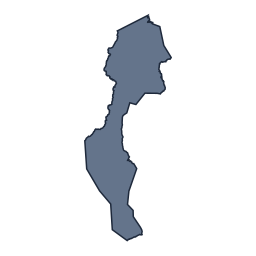 Copan Ruinas, Copán, Honduras (Equal Earth projection)
{"feature_id": "27666195B42868938000768", "entity_name": "Copan Ruinas", "entity_type": "district", "adm_level": 2, "iso_a3": "HND", "parent_name": "Honduras", "parent_adm1": "Copán", "projection": "equal_earth", "projection_center": [-89.106, 14.903], "detail": "fine", "context": "isolated", "style": "filled", "palette": "slate", "viewbox_px": 256, "rotation_deg": 0, "n_neighbors": 0, "source": "geoboundaries", "source_scale": "gbopen_adm2", "svg_char_len": 5576}
<svg xmlns="http://www.w3.org/2000/svg" viewBox="0 0 256 256"><path d="M136.7,168.6L133.7,163.6L133.3,163.7L132.6,163.5L132.3,163.1L131.8,162.8L131.7,162.1L131.4,162.1L130.7,161.0L130.6,160.9L130.3,161.1L129.9,161.4L129.6,161.2L129.4,161.0L129.3,160.9L128.9,160.6L129.0,160.1L128.2,160.4L127.6,160.4L127.8,159.8L128.2,159.4L128.4,159.1L128.7,158.0L129.4,156.9L128.8,156.1L128.3,155.2L127.7,153.2L127.5,152.7L127.2,152.5L126.7,152.4L126.5,152.2L126.0,151.4L125.0,151.1L124.2,150.7L123.7,150.3L123.5,149.9L123.3,149.3L122.8,147.2L122.8,146.6L122.4,145.2L122.4,144.5L122.4,143.8L122.0,142.8L122.0,142.1L122.2,141.3L122.4,140.3L122.2,139.2L122.2,138.8L122.4,138.3L123.0,137.0L122.9,136.6L122.4,135.7L122.1,135.1L121.8,133.9L121.7,133.0L121.8,132.3L121.7,131.2L121.6,130.3L121.4,129.5L121.3,128.9L121.8,128.0L121.9,127.4L122.0,126.4L122.1,125.7L122.3,125.3L122.4,124.8L122.2,123.8L122.1,123.1L122.2,121.1L122.4,117.2L122.7,116.3L123.1,115.5L124.5,114.4L125.7,113.6L126.8,112.9L129.8,102.8L135.9,104.5L144.9,93.2L157.2,93.3L160.4,93.9L160.7,93.1L161.2,92.9L161.8,92.2L162.4,91.9L162.7,91.3L163.2,91.2L163.3,90.9L163.5,90.8L163.8,90.9L164.0,90.4L164.8,89.6L165.1,89.2L165.2,87.5L164.8,86.4L164.5,85.8L164.5,85.4L164.5,85.2L164.4,85.1L164.1,85.0L164.0,84.9L163.9,84.2L163.7,83.1L163.7,82.4L163.8,82.0L163.8,81.7L163.7,81.7L163.4,81.5L163.3,81.4L163.4,81.0L163.3,80.7L163.1,80.7L162.8,80.8L162.6,80.6L162.4,79.9L162.1,79.3L161.9,77.7L161.7,77.7L161.6,77.8L161.7,78.1L161.2,77.9L160.9,77.4L160.9,76.9L161.2,76.5L161.4,76.6L161.6,76.9L161.8,76.8L161.8,76.1L161.5,75.2L161.6,74.5L161.5,74.0L161.3,73.7L160.9,73.7L160.4,73.4L160.3,72.0L159.8,71.8L159.3,71.5L159.4,71.4L159.6,71.3L159.7,71.2L159.7,70.5L158.8,69.5L159.0,68.1L159.2,67.7L159.0,67.2L159.2,66.8L159.3,66.4L159.3,65.3L159.4,64.7L159.7,64.4L159.8,64.2L159.7,64.0L159.5,63.8L159.5,63.5L159.7,63.3L159.8,63.3L159.8,63.5L161.5,61.7L162.0,62.0L162.7,62.2L162.8,62.1L162.9,61.8L163.0,61.8L163.5,61.9L163.9,61.9L164.8,61.6L165.2,61.6L165.8,61.8L165.9,61.7L165.9,61.4L165.8,61.1L166.2,60.7L166.6,60.6L166.9,59.8L167.4,59.6L168.0,59.2L168.7,59.2L169.2,58.9L169.8,59.2L170.1,59.2L170.2,58.8L170.4,58.5L170.7,58.1L171.1,57.9L171.2,57.5L163.8,45.5L159.8,26.6L152.6,23.9L152.8,22.9L152.8,22.6L152.7,22.4L152.3,22.4L152.3,22.6L152.3,23.0L152.1,23.1L151.9,23.1L151.8,22.7L151.3,22.8L150.9,22.5L150.8,22.2L151.0,21.9L150.9,21.6L150.7,21.5L150.4,21.5L150.3,21.8L150.2,21.9L149.9,21.7L149.7,21.7L149.4,22.2L149.2,22.1L149.1,21.9L148.3,22.3L147.9,22.4L147.7,22.3L147.8,22.0L147.9,21.5L148.1,21.4L148.3,21.5L148.5,21.4L148.7,20.8L149.5,20.0L149.6,19.7L149.4,19.0L149.0,18.0L148.7,16.7L148.3,17.1L148.0,17.6L147.7,17.7L147.5,17.1L147.5,16.3L147.6,15.8L147.8,15.4L117.3,30.9L117.7,31.6L117.9,32.3L117.9,32.6L117.9,33.0L117.4,34.3L117.2,34.8L117.1,35.4L117.2,35.7L117.6,35.8L117.8,36.0L117.9,36.4L117.8,36.8L117.3,37.7L117.4,38.0L117.6,38.2L116.8,40.4L116.4,40.9L115.3,42.1L114.8,43.5L114.6,43.7L114.4,44.0L114.1,44.7L113.5,45.6L113.1,46.6L112.5,47.4L112.3,47.5L110.9,48.0L110.5,48.2L109.0,48.0L108.2,49.2L108.0,49.7L107.9,50.0L108.2,50.2L108.5,50.6L108.1,52.4L108.4,52.7L108.8,53.2L108.9,53.3L108.8,53.5L109.2,53.8L110.1,54.0L110.4,54.2L110.4,54.6L109.6,55.9L109.1,55.8L108.8,55.9L108.6,56.1L108.5,56.5L108.4,57.7L107.8,58.5L107.7,59.4L107.5,59.6L107.4,59.8L107.3,60.5L107.1,60.7L106.8,60.7L106.6,60.9L106.4,61.8L106.4,62.4L106.2,63.6L106.3,64.3L106.2,64.9L105.8,65.6L105.8,66.1L105.6,66.5L104.8,67.6L104.6,68.0L104.3,68.2L104.2,68.5L104.2,69.0L104.1,69.3L104.0,70.0L104.5,70.8L106.2,71.4L106.1,72.3L106.3,72.8L106.3,73.6L106.2,74.2L106.1,74.6L106.6,75.1L106.9,75.2L107.0,75.5L107.6,75.5L107.8,75.8L108.1,75.7L108.4,75.8L108.8,75.7L109.4,76.1L109.5,76.5L109.9,76.7L109.9,77.3L109.7,77.7L109.8,78.0L110.4,78.3L110.6,78.9L111.2,79.1L111.7,78.8L112.3,80.0L112.7,79.5L113.0,79.7L113.7,79.8L114.0,80.7L115.6,81.3L115.9,81.9L116.1,82.8L116.4,83.3L116.0,83.8L115.8,84.5L115.4,84.8L114.9,85.8L114.8,87.1L113.8,86.9L113.0,88.9L113.1,90.1L113.5,90.5L113.9,90.6L113.6,91.5L113.4,93.1L113.5,94.1L112.8,94.7L112.9,95.2L112.7,95.7L112.7,96.5L113.2,97.3L112.5,98.5L112.6,100.4L112.3,101.0L112.0,101.6L111.8,103.1L111.8,104.4L110.6,104.9L110.0,104.8L109.5,105.4L109.1,105.3L108.8,105.7L108.4,105.6L108.1,106.1L107.9,108.0L108.3,109.0L108.6,109.4L109.2,109.9L109.6,110.4L109.6,110.6L109.4,110.7L109.3,110.8L109.3,111.3L109.5,112.1L109.2,112.8L109.0,113.9L108.8,114.3L107.8,114.8L107.3,116.2L106.9,116.4L106.3,116.6L106.0,117.0L105.9,117.5L106.2,117.9L106.0,119.1L106.6,120.1L105.3,120.8L105.3,122.3L105.6,123.0L105.5,123.7L105.0,124.3L104.3,126.3L103.8,126.5L102.9,127.8L101.9,128.4L101.1,128.4L100.4,129.4L99.0,129.3L98.2,129.1L98.0,129.4L97.2,129.2L96.7,129.4L96.0,129.0L95.7,129.0L94.9,129.9L94.3,131.5L93.7,131.8L92.9,133.4L92.4,134.0L92.2,134.5L91.6,134.7L90.4,136.1L89.0,136.6L88.5,136.3L88.1,136.8L86.4,138.2L85.9,139.2L85.5,140.2L84.8,140.7L86.7,168.9L99.6,190.9L110.7,204.0L112.3,229.7L127.2,240.6L127.8,240.2L128.1,239.5L128.3,239.4L128.7,239.3L129.2,239.1L129.5,239.2L129.7,238.9L130.0,238.9L130.1,238.7L130.6,238.7L131.1,238.4L131.6,238.5L132.0,238.1L132.6,237.9L133.8,237.1L134.1,237.1L134.6,236.9L135.0,237.1L135.4,236.8L135.9,236.7L136.1,236.3L137.0,236.0L137.2,235.8L137.3,235.7L138.2,235.2L138.9,235.0L139.5,234.5L139.8,234.5L140.1,234.7L140.7,234.8L141.0,234.9L141.4,234.7L141.9,234.8L142.1,234.6L142.0,234.4L141.9,234.3L141.9,234.0L141.7,233.8L141.7,233.5L141.8,232.7L142.1,232.0L142.1,231.5L142.0,230.9L141.7,229.8L140.4,227.3L133.3,216.7L133.1,210.4L127.5,204.5L128.9,191.1L136.7,168.6Z" fill="#64748b" stroke="#1e293b" stroke-width="1.5"/></svg>